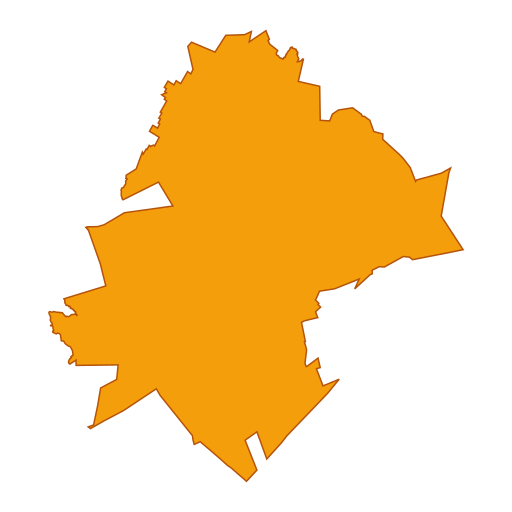 Nuevo Ideal, Durango, Mexico (Robinson projection)
{"feature_id": "50627088B12062769498923", "entity_name": "Nuevo Ideal", "entity_type": "district", "adm_level": 2, "iso_a3": "MEX", "parent_name": "Mexico", "parent_adm1": "Durango", "projection": "robinson", "projection_center": [-105.12, 24.837], "detail": "fine", "context": "isolated", "style": "filled", "palette": "amber", "viewbox_px": 512, "rotation_deg": 0, "n_neighbors": 0, "source": "geoboundaries", "source_scale": "gbopen_adm2", "svg_char_len": 5655}
<svg xmlns="http://www.w3.org/2000/svg" viewBox="0 0 512 512"><path d="M463.1,249.7L441.2,216.1L448.9,172.7L450.6,168.0L441.0,173.3L416.5,180.0L415.6,181.4L410.2,167.5L403.2,158.4L399.2,154.3L382.7,139.3L382.9,133.9L379.4,133.1L373.8,131.5L369.8,120.3L364.3,116.3L362.3,116.4L361.3,114.2L352.6,107.8L338.4,110.0L332.4,114.1L329.7,120.9L320.2,120.3L319.7,86.3L298.3,81.4L303.4,59.2L302.9,59.0L302.6,59.0L302.4,59.0L302.2,59.3L302.2,59.5L301.9,59.8L301.2,60.8L300.7,60.9L300.6,61.0L299.8,61.1L299.5,61.2L299.2,61.6L298.2,61.4L297.9,61.6L297.7,61.8L297.3,61.8L297.9,60.6L297.9,60.1L298.3,59.7L298.8,58.8L298.3,57.6L297.6,56.5L297.5,56.3L297.4,55.5L297.3,55.3L297.6,54.8L297.2,54.5L297.3,54.2L297.0,53.7L297.5,53.5L297.7,53.3L297.8,53.1L297.7,52.7L297.8,52.5L297.5,51.8L296.7,51.3L296.4,51.1L296.3,50.9L296.5,50.7L296.2,50.5L296.2,50.0L296.0,49.3L295.9,49.3L295.5,49.2L295.2,49.0L295.0,48.9L294.7,48.9L294.4,49.0L293.6,48.4L293.5,48.2L292.9,48.3L292.7,48.3L292.4,48.1L292.2,47.8L292.1,47.5L292.1,47.1L291.6,47.2L291.3,47.6L291.1,47.6L290.7,47.5L290.2,48.0L290.2,48.8L289.9,49.0L289.7,49.6L289.3,50.2L288.4,50.9L288.3,51.1L288.3,51.3L288.0,51.5L287.7,52.1L287.3,52.6L287.1,52.9L286.8,53.9L286.6,53.9L286.3,54.2L286.1,54.5L286.1,54.9L285.7,55.0L285.4,56.4L285.2,56.5L285.4,57.1L284.7,57.6L284.4,57.7L284.0,57.5L283.8,57.6L283.7,58.0L283.3,58.4L283.3,58.7L283.1,59.0L282.8,59.0L282.2,58.8L281.8,58.6L281.5,58.3L281.1,58.2L280.4,57.9L280.1,57.9L279.8,57.7L279.4,57.4L278.5,56.2L278.4,55.9L278.0,55.8L277.8,55.5L277.0,55.2L276.7,54.9L276.4,54.6L276.5,54.0L276.3,53.1L276.4,52.7L277.6,51.0L277.7,50.6L277.5,50.3L277.2,50.1L277.0,49.9L270.1,44.5L269.7,44.0L269.6,43.8L269.5,43.7L269.3,43.4L269.1,43.3L269.1,43.0L268.9,42.7L268.9,42.3L268.5,41.2L268.0,40.5L269.4,39.4L265.9,30.7L249.2,41.9L251.4,31.5L244.5,34.7L225.8,35.3L215.0,52.1L191.5,42.2L187.8,46.4L193.0,69.5L190.8,73.9L187.6,71.5L180.7,83.6L177.9,81.9L176.2,80.7L173.9,84.9L168.0,81.1L164.3,87.4L166.4,88.8L164.7,91.7L166.4,92.8L161.6,94.7L165.5,97.6L164.3,99.2L166.7,100.9L160.3,112.2L161.8,113.1L158.8,118.2L160.4,119.0L158.2,123.1L159.7,124.0L157.5,128.1L152.9,125.3L151.7,127.2L149.5,131.3L159.2,137.3L154.6,146.0L153.7,145.1L153.2,145.2L152.0,145.7L151.0,145.9L150.6,146.6L149.2,145.4L147.0,149.5L146.2,149.0L143.1,154.2L142.3,152.2L136.2,168.9L126.2,175.2L126.1,175.8L126.1,177.5L126.1,177.8L125.9,178.0L125.8,178.4L126.1,178.4L126.4,178.3L126.7,178.7L127.1,178.8L127.3,179.0L127.2,179.2L126.7,179.5L126.3,180.3L125.6,181.1L125.6,181.7L125.8,182.2L125.8,182.5L125.7,183.6L125.6,184.1L125.3,184.4L125.0,185.1L124.5,185.5L123.7,187.3L122.4,187.9L121.9,188.0L121.9,188.4L121.3,189.0L121.0,190.4L121.3,190.9L121.4,191.7L121.2,193.6L121.3,194.9L121.3,195.9L122.0,197.3L121.9,198.0L122.3,199.0L123.0,199.8L158.5,182.1L167.9,197.7L172.9,206.0L124.5,212.7L104.0,224.8L97.7,226.6L87.3,226.8L87.4,227.3L85.9,227.4L88.1,230.0L88.3,229.8L100.3,263.8L105.8,285.9L63.9,298.8L64.1,299.2L64.7,299.2L64.9,300.6L64.9,301.1L64.7,301.5L65.0,303.0L65.9,304.5L65.9,305.1L66.2,305.3L66.6,305.3L67.0,305.5L67.6,305.4L67.9,305.5L68.7,306.2L68.7,306.6L69.0,306.6L69.3,306.2L69.9,306.5L70.2,306.6L70.5,307.2L70.4,308.3L71.2,308.3L71.2,308.2L71.4,308.3L71.6,308.5L72.0,308.9L72.3,309.3L72.7,309.2L73.4,309.5L73.6,309.9L73.5,310.2L73.9,310.7L74.5,311.2L75.1,311.3L75.5,311.7L75.6,311.9L75.3,312.6L75.4,313.1L75.9,313.3L76.0,313.5L76.5,314.5L77.1,315.0L77.0,315.4L77.2,315.9L76.1,314.6L74.7,314.3L74.2,314.3L72.9,314.5L71.9,314.5L71.1,314.8L70.5,315.3L69.8,316.1L69.5,316.3L68.8,316.6L66.7,316.3L66.4,316.7L66.1,316.7L65.4,316.3L63.8,314.6L63.0,313.6L62.7,313.1L62.1,312.6L61.5,312.8L61.2,312.6L60.8,312.5L59.8,312.8L59.5,312.5L59.0,312.2L58.3,312.2L57.7,312.4L57.2,312.3L55.6,312.0L54.1,311.6L53.6,311.5L52.3,312.2L51.6,312.1L49.8,311.6L49.2,311.9L48.9,312.5L49.1,313.5L49.6,315.0L50.2,316.0L50.6,316.9L50.6,317.7L50.5,319.1L50.4,319.5L50.2,320.0L50.9,321.7L51.3,322.3L51.8,322.9L52.2,323.5L52.4,324.0L52.2,324.5L51.6,325.0L50.8,325.2L50.6,325.4L50.6,325.7L51.2,325.9L52.4,326.0L52.7,326.1L52.9,326.5L52.9,328.1L53.6,329.9L53.7,330.7L53.4,330.8L53.5,331.0L53.2,331.3L52.9,331.3L52.9,331.5L52.6,331.8L52.8,332.1L53.1,332.5L55.7,333.7L56.4,333.9L57.3,333.1L57.9,333.2L58.6,333.3L59.5,333.7L60.6,335.1L60.6,336.0L60.7,337.3L61.1,338.0L61.1,340.0L61.2,340.4L61.3,340.7L61.7,341.0L62.3,340.9L63.1,341.0L63.8,341.4L64.2,341.8L65.1,343.5L65.6,344.0L67.2,345.2L68.3,346.0L68.7,346.2L69.9,346.5L70.2,346.7L70.4,346.9L70.8,347.5L71.0,348.0L71.3,348.5L71.5,349.0L72.2,350.0L72.4,350.8L72.6,351.6L72.7,352.5L72.8,353.1L72.9,354.2L72.9,354.5L72.9,355.1L72.9,355.4L72.8,355.6L72.1,355.8L71.4,356.2L70.9,356.7L71.0,357.2L71.3,357.8L69.6,358.9L69.4,359.4L69.1,360.2L68.8,360.8L68.8,361.3L68.5,361.8L68.6,362.5L68.7,362.8L68.9,362.9L68.9,363.2L69.2,363.6L69.9,364.1L76.0,360.1L76.1,365.4L118.1,364.9L116.7,379.4L100.6,388.0L97.7,405.4L93.6,424.9L88.2,426.9L90.5,428.6L103.4,421.2L123.6,410.5L156.3,388.8L160.2,395.5L192.4,435.6L193.1,440.4L194.2,444.4L200.2,441.7L215.8,455.0L221.3,459.8L226.8,464.8L227.6,465.5L230.1,467.2L230.8,467.6L246.5,481.3L256.9,470.1L245.1,440.2L256.9,431.8L266.8,459.0L281.8,442.4L286.6,436.1L327.7,393.2L339.2,379.2L323.0,385.9L316.4,368.7L320.2,367.6L318.0,358.1L307.1,366.3L306.2,366.6L305.0,363.2L306.6,349.9L305.7,346.2L304.4,341.9L305.4,341.6L301.5,322.3L304.5,320.8L317.8,317.6L316.6,314.8L315.6,311.7L320.6,307.1L318.0,304.4L318.8,303.3L315.4,299.8L316.3,298.4L317.2,296.5L318.9,292.5L319.5,291.2L334.6,288.8L359.2,279.0L354.7,288.9L370.1,274.7L372.3,273.8L372.1,270.3L379.0,266.7L384.4,267.0L403.3,256.5L409.6,257.2L412.5,259.7L450.8,252.2L463.1,249.7Z" fill="#f59e0b" stroke="#b45309" stroke-width="1.5"/></svg>